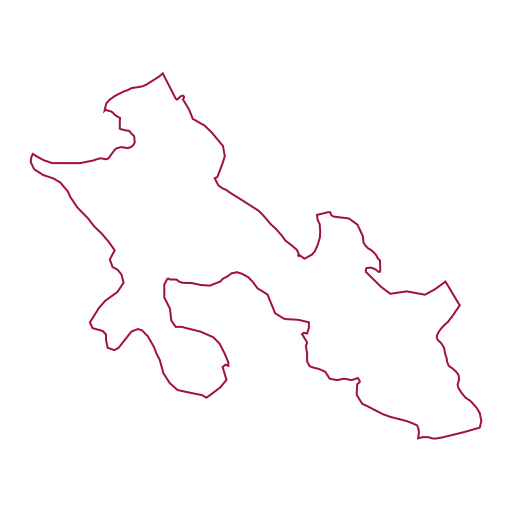 Ba'dan, Ibb, Yemen
{"feature_id": "15242507B32892695664802", "entity_name": "Ba'dan", "entity_type": "district", "adm_level": 2, "iso_a3": "YEM", "parent_name": "Yemen", "parent_adm1": "Ibb", "projection": "robinson", "projection_center": [44.318, 13.989], "detail": "fine", "context": "isolated", "style": "outline", "palette": "rose", "viewbox_px": 512, "rotation_deg": 0, "n_neighbors": 0, "source": "geoboundaries", "source_scale": "gbopen_adm2", "svg_char_len": 5124}
<svg xmlns="http://www.w3.org/2000/svg" viewBox="0 0 512 512"><path d="M206.4,397.7L209.0,395.9L213.4,392.6L217.9,389.2L220.2,387.5L223.3,383.7L226.5,379.8L222.6,367.0L225.5,364.7L228.3,365.9L228.3,362.3L224.5,353.3L222.6,349.5L219.5,343.5L216.3,340.3L213.2,337.2L205.6,333.9L200.7,331.7L192.4,329.6L186.9,328.3L181.9,326.9L175.7,326.9L171.3,320.6L170.0,308.8L166.7,302.2L164.3,297.6L164.3,284.4L167.4,278.8L168.5,278.6L169.4,279.3L171.0,279.5L176.7,279.6L177.9,280.7L179.2,281.7L180.2,282.0L181.8,282.7L184.5,282.9L191.6,283.0L198.1,284.4L200.6,285.0L204.9,285.3L210.0,285.6L216.3,283.1L220.6,281.4L222.5,279.0L227.7,276.2L231.3,273.5L231.9,273.1L233.7,273.0L235.4,272.7L236.3,272.1L241.8,273.7L248.1,277.1L252.7,281.8L257.5,288.3L267.5,294.5L271.6,304.6L273.2,308.4L275.1,313.3L283.8,318.6L286.2,319.1L297.1,319.7L300.1,320.2L308.9,322.3L308.9,327.9L307.0,333.5L303.9,332.8L302.0,334.2L303.9,337.0L304.0,337.5L306.4,341.1L306.8,341.8L307.0,342.8L306.8,343.8L305.9,345.7L307.1,353.7L307.1,361.4L309.6,366.2L313.4,367.6L319.0,369.0L325.3,371.8L329.7,378.7L337.2,380.1L344.0,378.7L351.6,380.1L357.8,378.0L359.7,380.8L359.7,382.1L357.2,384.2L356.6,394.7L362.2,403.8L366.6,405.8L379.8,412.6L382.9,414.2L390.4,416.9L404.1,420.4L406.7,421.1L412.3,423.2L417.2,425.5L418.4,428.8L418.8,431.0L419.0,432.4L418.6,434.5L418.4,436.6L418.1,438.3L422.6,437.1L426.6,437.1L428.9,437.3L432.2,438.4L434.7,438.6L437.6,438.2L441.5,437.6L464.5,432.0L479.4,427.7L479.8,427.5L481.3,421.1L479.8,413.2L476.6,407.7L470.3,400.8L465.5,397.7L461.9,393.3L458.5,388.2L457.6,384.7L458.2,382.6L458.7,380.9L459.1,379.1L458.9,377.3L458.5,375.3L457.7,373.7L456.6,372.3L455.4,371.0L453.9,369.7L452.5,368.5L451.1,367.5L449.4,366.4L448.4,365.0L447.5,362.9L446.9,361.0L446.8,359.1L446.3,357.2L445.7,355.5L445.1,353.5L444.7,351.6L444.4,349.8L444.2,348.2L443.2,346.3L441.0,342.9L439.0,341.2L437.4,339.3L436.8,337.4L436.9,335.5L439.0,331.4L441.8,327.7L445.1,324.4L448.3,321.6L448.7,320.9L449.8,319.4L452.0,316.7L453.1,315.0L454.4,313.4L455.2,311.7L456.6,310.0L457.8,308.4L458.3,307.4L458.6,306.8L459.8,305.2L459.5,305.0L454.8,297.2L445.5,281.6L434.6,289.5L424.9,294.7L412.9,292.5L406.9,291.4L403.1,291.9L396.3,292.9L390.3,293.8L388.9,292.7L381.2,287.0L365.8,271.8L365.9,269.3L366.6,268.0L370.5,267.6L373.2,268.3L375.6,269.5L377.3,270.8L378.2,271.6L379.1,272.0L380.0,271.6L380.3,269.4L380.2,268.3L380.0,261.4L379.9,260.3L378.8,259.4L377.7,258.1L376.2,255.2L373.7,252.3L370.6,249.7L368.3,248.5L365.4,245.6L363.4,242.4L362.9,236.3L357.5,224.7L349.0,218.5L345.8,218.1L337.7,217.1L333.0,216.4L331.1,214.7L330.2,212.2L327.7,212.2L327.7,212.3L317.0,214.9L317.2,216.6L317.5,219.1L318.6,222.0L319.7,224.2L320.2,231.1L319.9,237.4L317.7,244.8L314.9,251.1L312.0,254.6L304.5,258.7L300.2,255.6L298.8,256.1L298.2,255.2L299.0,254.5L298.6,254.0L298.6,253.7L296.9,249.8L292.3,245.9L285.4,240.6L281.7,235.4L275.2,228.2L271.0,224.5L266.3,218.9L262.1,214.2L258.4,210.6L244.7,201.9L243.3,200.9L241.9,200.1L234.2,195.3L229.0,192.0L226.0,189.7L222.9,188.6L218.3,185.3L214.7,178.2L217.4,177.0L219.2,172.3L222.5,163.5L224.8,156.2L222.9,145.8L221.0,143.6L215.9,137.5L211.2,131.9L207.4,128.3L204.2,125.2L201.0,123.6L194.9,120.0L192.8,118.9L189.1,109.6L183.0,99.5L183.1,99.2L183.3,98.7L183.7,98.1L184.1,97.4L184.0,96.9L183.5,96.0L183.0,95.7L182.4,95.7L182.1,95.8L181.3,96.0L180.6,96.4L179.9,96.9L179.4,97.6L178.7,98.3L178.4,98.6L178.0,98.6L177.3,99.4L176.8,99.5L175.6,98.5L162.8,73.4L159.0,76.6L153.4,80.2L147.4,83.9L146.9,84.3L142.4,86.4L136.9,87.3L131.5,88.1L127.5,90.3L124.8,91.0L119.8,93.4L114.7,96.1L109.5,99.8L106.3,103.4L104.9,109.0L104.6,110.5L104.7,110.4L105.2,110.3L105.5,110.1L105.9,110.1L106.1,109.9L106.3,110.0L107.9,110.7L109.8,111.0L111.5,111.7L113.0,112.8L114.3,114.3L115.9,115.6L117.5,116.6L119.1,117.5L120.1,118.0L119.7,121.6L119.9,125.7L119.8,126.7L119.8,128.7L121.8,129.5L123.6,129.8L124.2,130.1L125.2,130.3L128.6,130.7L129.5,131.1L130.6,132.7L132.3,134.5L133.6,135.4L134.2,136.5L134.5,140.2L134.8,142.3L134.2,143.4L133.8,144.3L132.6,145.8L131.1,146.9L129.4,147.6L127.7,148.1L126.0,147.9L124.2,147.5L122.4,147.2L120.6,147.2L118.8,147.7L117.0,148.2L115.4,149.1L114.1,150.6L113.0,152.2L111.7,153.8L110.6,155.4L109.4,157.1L108.2,158.5L106.4,159.2L104.6,159.1L102.9,158.6L101.2,158.4L99.4,158.5L97.7,159.0L95.9,159.5L94.9,160.0L94.3,160.2L92.5,160.7L90.6,161.0L80.3,163.1L72.6,163.1L52.1,163.1L43.7,160.2L35.9,155.9L32.8,153.9L31.3,157.3L30.7,162.1L34.2,169.3L40.5,173.3L43.1,175.0L45.5,175.8L47.4,176.4L53.5,178.5L60.3,182.5L64.1,187.0L67.7,191.2L70.2,196.8L74.9,203.8L77.1,207.2L88.0,218.4L91.5,222.9L94.3,226.5L101.6,233.5L105.7,238.3L108.9,242.1L111.4,245.6L114.7,250.3L109.8,259.5L112.6,267.1L117.5,269.6L121.5,274.6L123.6,282.7L117.5,291.9L112.3,295.7L105.3,300.7L98.9,308.0L96.3,312.2L89.9,322.4L92.5,328.1L102.8,331.0L106.0,334.5L106.1,340.3L107.6,347.8L114.4,350.1L118.6,347.8L121.1,344.6L126.4,337.9L131.5,331.5L137.8,329.1L141.9,330.3L147.7,336.1L150.6,341.1L154.0,347.1L156.4,353.4L159.7,359.8L162.3,369.1L163.4,373.2L169.7,383.0L175.1,387.9L177.5,390.0L186.6,392.0L190.5,392.8L198.4,394.4L202.0,395.1L206.4,397.7Z" fill="none" stroke="#9f1239" stroke-width="2"/></svg>